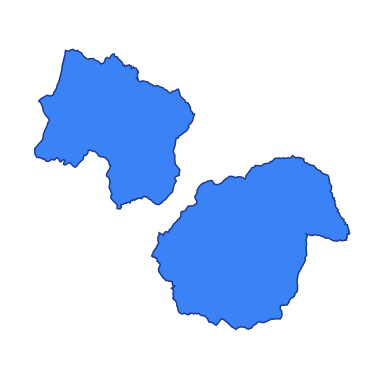 the district of Ubalá, Cundinamarca, Colombia, rotated 184°
{"feature_id": "7082276B3208116605104", "entity_name": "Ubalá", "entity_type": "district", "adm_level": 2, "iso_a3": "COL", "parent_name": "Colombia", "parent_adm1": "Cundinamarca", "projection": "natural_earth1", "projection_center": [-73.441, 4.757], "detail": "fine", "context": "isolated", "style": "filled", "palette": "blue", "viewbox_px": 384, "rotation_deg": 184, "n_neighbors": 0, "source": "geoboundaries", "source_scale": "gbopen_adm2", "svg_char_len": 5990}
<svg xmlns="http://www.w3.org/2000/svg" viewBox="0 0 384 384"><g transform="rotate(184 192 192)"><path d="M158.3,60.9L153.9,67.6L151.1,66.7L147.2,64.0L143.4,60.6L138.5,58.0L136.1,60.4L133.7,60.9L129.6,60.7L127.9,59.5L125.9,59.2L123.2,60.4L121.4,63.3L119.3,64.5L116.8,67.1L115.5,67.3L112.6,66.6L110.3,67.2L105.4,69.8L104.1,71.2L103.0,70.6L100.7,71.2L94.9,71.6L93.7,74.8L93.7,76.5L94.1,78.9L96.1,81.9L95.4,85.1L89.3,86.0L87.6,88.8L87.1,91.0L86.1,92.6L82.9,94.8L82.3,96.1L82.2,98.0L81.1,98.7L80.0,100.8L80.2,106.3L81.1,110.0L80.5,117.0L79.5,119.9L75.3,128.8L74.2,132.1L74.6,134.8L73.2,136.8L74.4,144.9L74.0,147.5L75.0,153.3L74.0,155.1L74.9,158.1L71.0,157.0L68.1,157.2L66.2,158.3L64.0,157.6L61.5,157.7L59.8,156.8L57.5,156.5L55.8,155.3L52.7,155.6L47.6,153.2L43.1,153.2L41.1,154.7L39.6,153.7L34.6,154.8L35.0,156.3L34.2,156.9L34.0,158.1L34.5,159.9L33.5,160.8L32.5,160.8L32.6,161.7L32.0,162.1L32.7,162.5L32.6,163.9L33.2,164.1L32.9,165.5L34.2,166.9L34.0,168.1L34.7,170.1L36.8,170.4L36.7,172.2L38.4,173.0L38.6,175.5L40.3,175.9L40.9,177.1L42.0,177.6L43.9,181.6L45.6,182.3L45.7,182.8L45.0,183.1L45.0,184.3L48.0,187.6L47.9,189.3L48.8,190.9L48.8,193.5L50.1,194.6L49.6,195.8L51.3,196.2L51.9,200.4L54.1,202.0L54.1,202.6L53.3,203.4L53.1,207.3L55.6,211.0L55.6,213.2L56.4,214.4L56.4,216.1L57.7,218.2L63.0,219.6L65.3,222.0L68.7,223.1L72.2,226.7L76.7,227.5L79.1,228.9L81.4,229.2L82.8,231.3L82.8,233.1L84.0,232.9L86.0,233.9L87.8,233.3L88.5,234.1L90.8,233.2L94.1,235.3L96.5,232.7L98.8,232.8L101.5,232.0L103.1,232.5L105.0,231.7L108.1,232.0L109.2,231.4L110.8,231.6L112.2,230.8L113.9,228.3L115.8,227.9L116.9,226.2L121.8,225.3L124.6,222.9L130.7,222.9L131.8,221.0L134.3,220.2L134.8,218.6L139.2,212.1L139.5,209.6L140.2,208.6L142.1,209.9L144.5,210.5L147.0,210.4L150.1,209.3L152.1,210.3L155.4,210.3L156.5,209.9L157.0,208.7L158.5,208.0L161.2,205.6L162.0,204.1L163.4,202.9L166.9,201.0L170.2,201.4L172.4,204.5L174.3,204.8L175.5,204.1L177.1,204.0L178.8,202.6L181.3,201.8L182.7,200.7L185.1,198.2L186.1,196.1L187.1,193.8L186.9,191.3L188.8,187.8L188.6,186.3L186.4,182.7L186.8,180.8L190.0,178.3L194.9,177.6L197.6,172.7L199.5,171.8L200.2,172.2L200.7,171.9L201.8,170.4L201.3,168.5L201.7,166.0L202.5,165.3L202.6,164.5L204.2,163.6L205.1,161.8L208.3,158.5L210.1,154.3L211.8,153.0L212.7,150.5L213.5,150.2L214.8,150.8L216.0,150.2L216.8,149.1L217.5,146.7L218.5,147.6L222.0,149.0L221.7,147.3L222.7,145.0L222.8,143.6L222.5,140.8L221.6,138.5L222.6,137.1L224.1,133.3L225.8,131.1L225.9,129.9L226.6,129.5L226.5,128.0L227.2,126.6L227.6,126.4L227.7,125.3L226.3,124.3L225.0,124.7L223.8,123.5L222.8,123.6L222.1,122.6L222.0,120.4L220.5,119.8L220.1,118.8L218.8,118.0L218.6,117.3L220.1,112.9L219.5,111.5L219.6,110.4L214.5,103.9L213.6,103.6L212.0,101.9L211.3,102.2L209.0,101.4L205.5,101.3L205.0,101.0L205.4,99.7L204.8,98.0L204.9,97.2L202.7,97.0L203.9,95.2L204.9,95.3L205.8,94.6L204.4,93.4L203.5,91.7L203.5,90.5L204.1,89.6L203.2,88.6L203.6,87.6L203.1,85.5L203.8,85.0L202.7,83.3L201.2,82.8L199.5,80.0L199.2,78.8L199.5,78.2L198.2,75.6L197.6,72.9L196.2,70.7L193.4,69.5L191.4,70.5L188.7,69.9L188.0,69.2L185.9,69.8L185.7,70.8L183.3,71.1L182.0,70.4L179.9,71.3L178.7,70.8L176.7,71.4L175.9,70.5L173.7,69.4L171.1,69.3L169.3,68.2L167.8,66.9L166.1,63.6L162.3,63.0L159.5,61.1L158.3,60.9ZM262.6,170.0L261.3,172.2L262.3,173.3L262.2,174.0L257.5,176.2L256.5,176.2L255.9,177.0L254.5,177.3L253.0,176.8L252.1,179.3L250.7,179.4L250.0,180.5L249.0,179.7L248.4,180.4L247.4,180.5L246.8,181.5L245.6,181.5L244.7,182.5L241.9,181.8L239.5,184.5L238.1,183.8L237.1,184.1L234.0,181.7L232.2,181.2L230.6,179.5L227.6,177.6L224.5,177.0L220.8,179.7L220.1,181.2L218.0,182.5L214.8,187.2L211.4,190.9L210.3,198.4L208.4,201.8L210.0,204.2L210.1,205.1L208.8,206.4L205.9,207.7L206.2,209.0L205.7,213.3L210.6,218.6L211.5,223.3L211.6,227.3L213.5,230.8L213.1,233.9L212.2,237.1L211.6,244.4L209.7,244.8L208.7,247.0L205.6,249.1L204.7,250.5L202.7,251.6L201.2,253.2L199.6,256.4L200.2,257.7L199.9,258.7L198.1,260.0L197.6,261.4L196.6,262.6L195.0,270.0L196.7,269.6L196.8,271.2L198.3,272.4L199.5,274.6L199.5,276.3L202.2,280.6L204.8,281.0L205.4,282.9L210.0,286.4L212.7,293.6L214.1,293.3L216.1,291.5L218.7,291.0L219.9,289.4L220.4,289.4L222.5,289.9L224.7,292.1L227.3,292.7L228.3,294.1L230.6,294.4L233.6,295.7L237.4,294.9L239.4,296.5L241.6,297.0L243.5,298.6L249.4,299.5L249.9,298.7L252.4,298.6L253.2,299.4L253.7,301.0L255.4,301.3L255.3,301.8L254.2,302.0L254.7,306.6L253.8,307.2L254.4,309.1L255.0,309.3L256.4,311.6L258.6,311.8L259.2,312.7L261.1,310.8L261.5,313.6L262.9,313.7L263.3,314.4L265.3,313.6L266.2,313.8L267.0,312.6L267.8,312.6L268.3,313.8L269.6,313.4L270.2,315.8L273.4,318.8L274.6,319.4L276.0,321.6L278.6,321.5L279.0,323.9L279.5,324.3L280.4,324.2L282.7,321.9L283.1,319.8L284.6,319.4L285.9,320.3L286.5,320.2L287.8,318.8L288.0,316.8L289.1,314.5L291.8,313.4L294.6,315.9L297.8,316.8L299.8,318.3L304.0,317.8L304.8,317.3L306.3,317.6L309.6,319.8L312.3,323.3L314.5,324.0L315.8,325.2L318.1,324.6L320.5,326.0L323.2,325.1L324.6,323.8L328.1,324.3L328.3,320.1L330.3,308.6L330.4,304.6L332.4,293.1L333.8,289.7L334.5,285.6L337.0,281.2L337.0,279.2L340.5,277.7L341.9,278.3L343.6,278.3L349.8,274.0L351.3,271.9L349.2,270.7L346.9,266.0L346.0,262.5L343.7,258.8L339.8,254.8L339.2,253.6L340.6,251.1L341.0,248.2L343.1,243.4L344.4,238.8L344.2,237.2L344.7,234.0L352.0,224.1L351.3,218.9L349.2,215.8L345.1,215.5L342.7,214.3L341.5,214.7L340.1,212.9L338.7,212.5L337.2,212.7L333.9,214.8L331.3,214.3L329.8,216.4L328.6,216.5L327.7,215.9L325.9,213.3L324.9,212.9L323.1,215.1L322.1,215.3L321.1,214.5L322.2,211.3L321.6,210.2L319.9,210.4L317.4,212.3L315.4,212.4L312.7,209.8L310.3,208.5L308.7,209.8L306.6,213.3L303.1,216.8L302.3,220.6L302.0,221.1L300.5,221.2L299.5,222.1L298.6,224.0L298.2,226.3L297.8,226.7L291.0,225.3L289.5,224.2L288.3,222.2L286.4,220.9L282.5,220.7L280.8,220.1L277.3,216.8L276.2,213.1L275.0,212.8L275.8,209.5L278.2,204.6L278.5,202.7L278.0,201.7L276.4,200.9L275.2,198.8L274.6,196.5L275.0,190.9L271.9,184.6L272.6,182.3L272.3,179.8L265.8,174.0L265.6,170.3L262.6,170.0Z" fill="#3b82f6" stroke="#1e3a8a" stroke-width="1.5"/></g></svg>